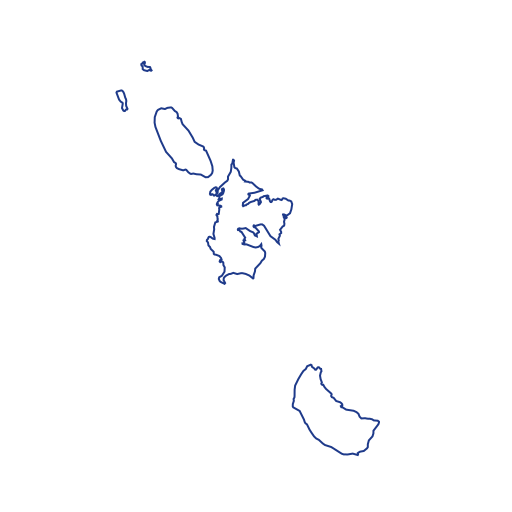 Ibo, Mozambique, rotated 154°
{"feature_id": "85939544B72266919853878", "entity_name": "Ibo", "entity_type": "district", "adm_level": 2, "iso_a3": "MOZ", "parent_name": "Mozambique", "parent_adm1": "", "projection": "robinson", "projection_center": [40.592, -12.339], "detail": "fine", "context": "isolated", "style": "outline", "palette": "blue", "viewbox_px": 512, "rotation_deg": 154, "n_neighbors": 0, "source": "geoboundaries", "source_scale": "gbopen_adm2", "svg_char_len": 6109}
<svg xmlns="http://www.w3.org/2000/svg" viewBox="0 0 512 512"><g transform="rotate(154 256 256)"><path d="M286.7,251.0L283.8,250.8L280.8,248.0L276.9,247.1L275.6,246.4L273.1,244.4L270.5,241.3L268.5,237.1L268.0,237.2L266.6,239.7L263.7,242.6L262.2,245.0L255.3,247.6L252.8,249.2L250.2,249.9L248.2,251.5L246.4,254.6L246.1,256.2L247.6,260.7L247.5,261.6L246.5,262.9L246.1,264.3L248.2,263.3L250.2,263.2L252.6,263.8L254.4,265.2L259.4,270.6L261.5,271.5L262.8,272.7L262.6,273.3L261.4,272.8L260.7,273.0L260.4,275.6L259.9,275.7L259.5,274.9L258.9,274.8L258.8,276.6L257.7,277.2L258.5,284.2L259.3,284.7L259.7,286.7L260.8,287.2L260.7,287.8L260.1,288.3L258.8,288.2L257.5,287.1L255.7,286.3L253.0,285.6L250.4,281.0L248.2,278.5L247.9,277.5L248.0,275.0L246.6,273.3L245.8,275.8L242.9,276.1L242.6,276.8L244.1,281.9L245.1,282.7L245.3,283.6L244.8,284.4L244.4,284.5L243.9,283.4L238.0,282.4L236.6,281.7L235.5,279.7L234.3,267.5L231.4,262.0L231.0,259.4L230.0,257.1L229.6,259.2L228.7,260.0L228.4,261.6L225.7,263.7L225.4,265.2L223.3,265.6L222.8,266.7L222.9,269.0L219.0,270.9L217.9,270.8L217.2,271.2L216.3,272.6L215.8,274.5L214.4,276.1L213.7,277.4L214.1,278.1L214.0,278.9L213.4,278.8L212.8,278.2L212.8,277.3L212.2,276.8L211.6,277.0L211.6,277.9L213.7,281.2L213.5,281.5L212.7,281.2L211.2,279.4L210.1,278.9L206.7,279.5L203.8,282.4L200.7,286.8L200.4,289.6L201.5,291.1L202.6,291.7L204.2,294.5L206.2,296.0L206.9,296.0L208.0,295.2L208.7,295.2L211.2,298.0L213.2,297.7L214.4,298.2L215.5,299.4L216.5,299.2L218.1,297.9L218.7,297.8L219.2,298.1L219.4,299.3L219.0,301.8L220.9,302.7L221.2,303.3L220.7,304.1L219.0,303.9L218.6,304.4L219.0,305.3L223.0,306.4L223.9,306.1L226.2,306.4L227.6,305.8L227.9,302.3L229.6,301.2L230.9,300.9L231.0,301.5L230.0,303.3L229.7,304.6L230.2,306.1L231.9,306.7L233.2,306.2L236.9,306.8L238.9,306.8L240.1,306.3L242.0,306.4L242.7,306.0L243.8,306.4L245.7,306.4L245.8,307.1L244.3,309.5L238.1,310.7L235.1,312.9L234.9,313.2L235.1,313.8L235.8,314.4L235.8,315.0L235.2,315.3L229.6,313.5L221.3,312.2L221.4,313.2L223.2,314.6L224.0,315.6L225.5,318.5L227.3,323.3L228.0,324.2L229.5,324.8L230.2,325.9L232.9,327.6L232.5,327.8L232.8,328.5L234.1,330.2L234.8,334.5L235.3,335.4L234.4,339.4L234.7,342.0L234.9,343.1L236.1,344.1L236.5,345.3L235.2,349.7L233.9,351.4L234.1,352.4L234.5,352.6L236.8,349.5L238.0,349.0L239.6,345.9L241.8,342.7L246.4,339.6L247.5,337.2L248.8,336.2L251.7,335.7L258.1,333.8L261.5,331.9L262.9,329.5L263.5,329.2L263.8,330.1L263.0,331.4L263.5,332.1L263.3,332.7L261.9,333.4L261.4,334.1L261.4,334.8L262.0,335.4L263.6,335.5L266.7,334.8L268.8,333.9L270.2,332.0L270.2,331.1L269.6,330.6L268.5,330.9L267.9,330.5L267.4,328.8L267.0,328.6L265.6,328.9L264.6,326.8L263.5,326.7L260.9,327.8L258.8,328.0L258.0,328.5L257.5,330.7L256.9,331.2L255.7,331.0L255.6,329.9L256.2,328.7L257.9,326.9L259.1,326.1L262.4,325.9L262.9,325.6L263.6,324.0L264.8,323.3L264.4,322.6L263.7,322.9L261.6,322.6L262.1,321.8L264.9,321.9L266.3,321.5L267.4,320.8L267.4,319.9L268.3,320.0L268.6,319.6L268.6,318.5L265.9,316.8L265.4,316.0L265.6,315.5L267.7,315.6L268.2,315.2L268.6,313.9L271.1,310.1L271.7,310.1L272.6,310.9L273.6,310.2L273.4,308.3L274.1,306.8L274.1,306.0L275.4,304.7L275.0,304.1L275.2,303.7L277.9,304.0L281.0,300.6L281.9,298.3L284.6,294.5L285.3,290.3L285.8,289.4L287.2,290.5L288.5,293.0L289.3,293.7L290.1,293.8L290.8,293.4L291.4,292.6L293.1,291.9L293.7,291.0L293.2,289.3L294.1,286.3L293.4,284.3L293.6,282.2L292.2,278.4L293.0,276.4L292.7,275.6L291.3,274.6L288.9,272.0L288.3,269.5L288.5,267.9L290.2,268.0L291.1,266.9L290.8,266.1L289.3,266.1L288.5,265.4L288.3,264.4L289.3,262.0L289.1,259.5L291.2,255.7L295.3,253.2L298.4,253.0L299.5,251.7L299.6,249.4L299.2,248.3L296.5,244.8L295.6,245.2L295.7,248.6L294.6,250.3L293.3,251.0L291.4,251.5L288.0,251.6L286.7,251.0ZM255.7,36.0L251.8,32.5L251.2,33.0L251.0,34.2L250.1,34.4L248.2,34.5L244.6,33.5L240.5,34.5L239.3,35.2L238.0,37.8L235.4,40.8L230.4,42.8L228.3,45.0L227.0,47.5L219.8,51.1L218.4,52.5L218.1,53.2L218.8,54.6L222.2,56.6L223.2,58.3L225.0,59.8L227.1,60.9L229.1,62.4L232.5,63.8L233.3,66.1L233.1,69.3L234.1,71.6L236.1,74.1L242.3,78.4L244.5,81.9L245.6,82.7L245.6,83.9L245.0,84.0L244.3,83.5L243.8,84.0L243.5,85.0L243.8,86.3L244.5,87.7L247.5,90.5L248.4,94.5L249.7,95.9L249.8,97.3L248.7,98.4L248.6,99.2L251.3,105.7L251.9,108.4L252.0,110.8L252.9,111.1L253.3,112.0L253.3,112.6L252.2,113.5L251.9,117.0L250.9,120.4L248.8,123.0L247.7,123.7L247.0,126.0L247.7,126.5L248.2,128.3L248.8,128.7L249.4,128.8L251.8,127.5L252.6,127.8L253.0,129.5L254.3,132.0L253.9,133.5L254.4,134.3L258.3,134.5L260.8,132.6L263.8,131.9L267.1,130.0L271.8,126.9L277.6,122.4L279.9,118.9L282.8,113.1L283.5,112.0L284.9,111.0L285.5,109.2L287.8,106.8L288.9,104.7L288.9,103.7L284.7,97.6L284.6,87.9L285.0,85.4L284.9,84.0L284.0,82.3L284.0,76.6L283.6,73.0L282.9,68.4L281.9,65.6L280.1,63.2L278.2,58.3L276.9,55.9L272.1,51.3L265.6,40.7L264.1,39.2L260.5,37.4L255.7,36.0ZM286.1,425.2L288.7,420.3L289.8,416.1L291.1,401.2L291.2,389.0L288.8,380.6L288.5,376.3L287.5,374.8L287.5,373.8L288.7,372.2L288.9,371.1L288.6,369.7L287.2,367.9L283.9,364.9L281.5,364.6L280.9,364.0L280.1,360.9L279.0,358.8L278.4,358.2L276.2,357.6L273.7,355.6L269.9,353.4L266.8,348.9L264.5,347.9L260.9,348.7L259.0,349.8L257.5,351.7L255.9,355.8L255.1,361.4L254.7,372.6L256.0,373.8L256.0,374.8L255.4,375.5L255.2,376.7L255.5,377.6L258.8,381.4L261.1,385.5L261.0,390.0L261.7,398.2L264.2,406.6L264.0,409.2L263.4,412.1L264.3,413.5L265.5,413.7L265.9,414.3L265.8,415.0L265.0,415.4L264.1,418.3L264.3,420.2L265.4,421.9L266.5,425.9L267.2,426.8L270.7,428.0L273.4,428.0L276.4,430.3L279.9,430.3L280.8,430.0L282.0,429.3L286.1,425.2ZM311.0,444.1L310.3,443.8L308.7,444.6L307.5,444.2L307.0,444.6L306.9,447.8L305.9,450.3L304.6,452.2L304.1,453.9L304.1,455.6L303.4,459.5L303.3,461.3L303.7,463.1L304.5,463.9L309.0,464.7L309.8,464.0L310.5,456.6L309.9,454.0L308.8,452.3L309.0,451.3L311.6,447.7L311.5,444.9L311.0,444.1ZM270.5,470.0L269.1,468.5L268.5,468.6L268.7,471.0L268.4,471.5L268.5,472.4L270.6,473.5L272.1,475.2L272.6,476.4L272.4,477.5L271.4,478.0L270.9,478.9L271.1,479.5L273.0,479.5L273.9,478.8L275.0,478.7L275.4,477.4L274.8,476.1L275.9,473.6L275.2,472.1L272.6,469.9L270.5,470.0Z" fill="none" stroke="#1e3a8a" stroke-width="2"/></g></svg>